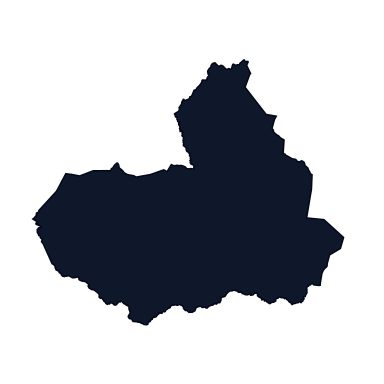 Machaze, Manica, Mozambique (Natural Earth projection), rotated 6°
{"feature_id": "85939544B88211826741163", "entity_name": "Machaze", "entity_type": "district", "adm_level": 2, "iso_a3": "MOZ", "parent_name": "Mozambique", "parent_adm1": "Manica", "projection": "natural_earth1", "projection_center": [33.202, -20.936], "detail": "fine", "context": "isolated", "style": "filled", "palette": "ink", "viewbox_px": 384, "rotation_deg": 6, "n_neighbors": 0, "source": "geoboundaries", "source_scale": "gbopen_adm2", "svg_char_len": 6032}
<svg xmlns="http://www.w3.org/2000/svg" viewBox="0 0 384 384"><g transform="rotate(6 192 192)"><path d="M233.8,56.3L231.4,56.6L230.7,56.2L230.3,55.2L229.8,55.2L226.2,59.0L225.8,60.7L223.6,60.7L222.8,61.3L222.0,61.4L220.0,60.5L219.4,60.7L219.0,61.6L218.4,65.1L217.6,66.1L215.9,65.4L214.4,66.2L212.8,66.2L209.8,63.6L208.5,63.0L207.5,63.0L205.4,64.4L201.3,61.1L199.6,61.7L198.7,62.4L197.6,64.6L197.9,66.1L196.8,66.7L196.3,67.3L194.9,70.1L195.7,73.2L196.6,73.3L196.8,73.9L196.7,74.5L195.4,76.2L194.8,78.7L193.5,79.5L191.0,79.4L190.3,80.0L190.3,81.5L190.0,82.3L188.5,84.9L185.8,88.3L185.5,89.7L183.4,90.6L182.0,95.6L181.3,97.0L179.9,97.6L179.6,99.6L176.3,101.3L175.9,101.8L175.3,101.9L174.1,100.7L173.6,100.9L172.4,103.9L172.5,105.3L172.2,106.1L170.3,109.5L170.8,110.6L170.6,112.5L170.0,113.3L166.6,115.9L166.9,116.2L166.6,116.8L167.4,117.4L167.5,118.6L168.2,119.3L169.0,119.5L169.7,120.4L169.4,121.3L170.0,122.0L170.5,123.4L171.7,123.6L171.5,125.1L171.8,126.5L172.9,127.5L172.9,128.0L173.5,127.9L173.0,130.3L173.8,132.1L173.9,133.0L174.8,132.8L174.5,132.3L174.7,131.8L176.5,132.9L175.9,134.1L176.0,134.6L176.6,134.5L176.7,134.9L176.3,135.9L176.5,136.4L176.1,137.1L177.3,137.9L177.8,138.7L177.9,140.5L177.6,141.5L178.2,142.2L178.0,143.4L178.9,145.2L178.5,145.8L178.6,146.8L180.7,147.9L180.9,148.4L181.9,149.1L181.7,150.2L182.1,151.3L182.8,152.3L183.9,152.6L185.2,154.0L185.5,153.9L185.8,156.3L186.8,157.4L187.0,158.2L186.8,159.1L187.3,159.9L187.4,160.3L186.7,161.0L187.3,162.2L187.2,163.3L188.3,164.0L188.4,164.6L189.8,164.6L190.2,165.1L191.2,165.2L191.3,169.1L188.4,168.8L186.3,169.4L184.6,169.3L183.9,169.0L182.8,167.8L179.9,166.9L177.8,166.7L177.0,167.1L174.0,167.0L173.0,167.5L170.9,167.7L168.6,166.9L165.1,174.3L161.6,172.9L148.8,179.0L134.9,183.0L132.4,181.9L126.3,181.5L122.7,180.1L120.6,177.9L117.0,175.5L116.3,172.9L115.2,171.2L114.4,171.0L112.1,173.4L110.7,176.3L109.5,177.1L108.8,179.3L91.6,181.2L78.6,187.8L70.7,187.1L64.6,187.0L57.1,205.5L41.6,226.4L41.7,227.9L39.6,229.2L39.5,230.6L40.0,231.7L39.3,231.9L37.9,234.1L36.5,235.5L38.2,236.4L39.3,236.5L41.2,238.7L41.2,239.6L40.1,239.6L40.4,240.5L41.5,240.7L41.5,240.2L41.8,240.0L42.6,241.2L43.6,241.2L45.7,242.7L45.3,243.2L43.1,243.7L42.6,245.0L42.0,245.5L42.0,246.0L42.4,246.5L42.2,247.4L42.4,248.3L43.4,249.8L44.2,250.2L44.0,250.8L44.2,251.3L45.0,251.3L45.6,252.0L46.1,253.5L48.1,254.6L47.8,255.4L48.1,255.9L47.5,256.7L47.6,257.3L49.3,258.9L60.1,277.5L60.6,278.2L61.7,278.3L62.7,279.4L63.5,279.7L63.8,281.4L65.1,283.8L67.4,284.5L68.6,286.2L70.1,286.7L70.8,288.1L72.0,289.2L73.9,289.5L75.0,288.8L76.1,288.9L78.0,288.1L82.2,289.8L84.3,289.5L87.6,288.3L88.0,288.6L89.0,291.1L91.3,292.0L92.0,291.8L92.3,292.1L92.7,291.8L93.1,292.2L94.3,292.1L95.9,292.6L98.9,294.7L99.0,295.9L98.5,296.3L98.6,296.7L99.9,298.4L102.7,299.6L104.1,299.5L105.4,300.0L109.8,302.8L110.8,305.2L110.5,305.9L110.7,306.4L112.0,307.3L113.5,307.0L114.3,307.4L114.5,308.3L115.4,308.9L115.9,309.9L117.3,310.6L117.8,311.6L119.1,312.5L119.9,312.5L120.6,311.6L121.7,312.0L122.4,310.9L123.2,310.6L125.1,311.3L126.5,312.5L128.0,312.4L128.8,311.7L130.8,308.7L132.0,308.9L132.8,307.6L133.4,307.6L134.3,308.9L136.4,310.4L137.7,310.6L138.6,311.5L139.6,311.5L141.5,313.1L141.5,315.0L142.7,317.0L142.8,317.9L143.3,318.7L141.7,321.8L141.6,322.6L142.2,323.7L143.1,324.5L145.3,324.6L145.9,325.4L146.3,326.4L147.1,326.9L150.7,326.8L152.1,327.2L153.4,326.8L155.1,327.8L157.1,328.1L158.0,328.8L160.3,328.8L161.9,328.3L162.1,325.6L162.5,325.3L163.4,325.6L163.8,325.3L164.7,323.3L165.7,322.8L165.7,321.8L166.3,321.1L169.2,319.9L170.9,317.3L171.9,316.6L171.8,315.6L172.7,315.4L173.4,315.8L174.5,315.8L175.1,315.3L175.1,314.6L175.6,314.0L176.4,313.8L177.0,314.1L177.8,313.7L178.5,311.9L179.8,311.1L180.4,310.3L182.4,309.2L182.2,308.2L183.8,306.9L188.1,305.8L188.7,306.2L189.5,306.2L191.1,305.2L191.8,305.2L192.9,305.8L194.0,305.9L195.6,307.5L195.8,308.8L197.6,310.4L198.3,310.6L199.3,310.3L201.5,312.0L205.0,311.5L207.3,309.8L208.1,306.8L209.0,306.0L211.9,304.8L213.2,304.9L214.0,305.7L215.8,305.5L216.8,304.9L218.1,305.9L219.0,305.9L221.0,303.7L223.2,302.6L224.4,302.4L226.4,300.5L227.0,300.3L227.6,301.0L227.9,301.0L230.0,298.8L230.6,299.3L231.3,299.1L232.2,296.3L231.9,295.1L232.1,294.3L233.3,293.1L234.6,293.0L236.0,292.0L237.2,289.1L237.9,288.7L238.4,287.7L240.6,286.3L242.3,286.1L242.7,285.7L245.4,285.1L246.1,285.8L247.5,285.6L248.6,286.9L251.5,286.5L252.7,287.8L254.5,288.0L255.5,288.5L257.9,288.5L259.6,287.6L260.3,287.7L261.1,288.6L263.5,287.9L264.8,286.0L266.9,286.0L268.0,286.6L267.9,288.0L268.1,288.5L270.0,289.7L271.6,290.0L272.8,292.0L273.8,291.5L274.8,291.5L275.5,292.8L276.6,292.3L278.2,293.6L280.9,294.9L281.5,294.7L283.1,293.1L284.1,293.3L285.8,292.4L286.7,291.5L286.4,289.8L286.8,289.3L288.7,288.6L289.1,287.2L290.2,286.8L290.5,287.5L292.5,287.8L294.0,287.4L295.1,288.4L297.0,288.0L297.4,289.0L298.5,289.4L300.4,291.3L302.2,292.0L302.4,292.7L303.4,293.5L304.4,292.6L306.6,291.9L307.4,291.3L309.0,291.1L310.1,290.0L311.0,289.9L311.5,290.5L312.1,290.6L312.8,289.4L313.6,288.9L313.7,287.9L314.4,287.2L314.5,286.7L314.5,286.3L313.7,286.0L313.6,285.0L314.0,284.6L315.1,284.5L315.6,283.8L315.9,282.2L316.3,281.6L316.9,279.9L316.5,278.6L316.6,277.3L316.2,276.3L316.2,274.6L316.6,274.0L317.7,273.5L318.1,272.3L319.5,272.0L320.4,270.8L321.0,270.5L321.6,270.6L322.6,271.6L327.9,271.7L329.3,271.3L329.1,270.2L329.7,259.5L330.7,256.3L331.9,254.3L334.0,251.9L334.0,248.8L335.4,240.2L345.5,232.6L347.5,221.4L326.1,205.7L308.7,205.8L310.5,176.8L309.6,162.3L307.7,161.3L306.9,159.5L305.4,157.7L304.9,156.2L301.6,153.8L300.7,151.2L300.1,150.5L298.3,149.6L297.5,149.6L296.2,150.6L294.1,150.7L293.0,150.2L292.2,149.1L291.1,148.6L288.4,148.6L282.1,145.8L281.1,145.8L280.7,144.7L279.6,144.5L278.6,143.5L278.1,130.6L274.3,128.9L272.0,126.9L270.7,126.6L270.3,126.1L268.6,125.3L266.6,123.3L266.3,122.6L266.5,121.9L265.7,121.4L265.0,120.2L266.4,111.3L267.9,107.8L257.6,107.1L233.8,82.3L237.2,68.7L237.9,68.1L233.1,60.3L233.3,59.2L233.7,58.9L233.7,58.0L234.3,56.9L233.8,56.3Z" fill="#0f172a" stroke="#020617" stroke-width="1.5"/></g></svg>